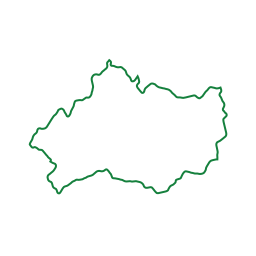 Bonao, Monseñor Nouel, Dominican Republic, rotated 257°
{"feature_id": "3306468B55753848240652", "entity_name": "Bonao", "entity_type": "district", "adm_level": 2, "iso_a3": "DOM", "parent_name": "Dominican Republic", "parent_adm1": "Monseñor Nouel", "projection": "orthographic", "projection_center": [-70.443, 18.942], "detail": "fine", "context": "isolated", "style": "outline", "palette": "green", "viewbox_px": 256, "rotation_deg": 257, "n_neighbors": 0, "source": "geoboundaries", "source_scale": "gbopen_adm2", "svg_char_len": 5793}
<svg xmlns="http://www.w3.org/2000/svg" viewBox="0 0 256 256"><g transform="rotate(257 128 128)"><path d="M89.1,76.1L89.5,77.0L89.7,77.7L89.8,78.9L89.9,81.3L90.1,82.5L90.3,83.2L92.5,87.4L92.8,88.4L92.8,89.5L92.7,90.2L92.5,90.8L91.8,92.3L91.6,93.4L91.6,94.1L91.7,94.8L92.5,96.8L92.6,97.4L92.4,97.9L92.0,98.4L90.1,99.5L88.5,100.1L87.0,100.9L86.0,101.1L83.6,101.4L83.0,101.6L82.5,102.1L82.3,102.6L81.8,104.2L81.0,106.0L80.3,107.6L79.4,109.1L78.7,110.7L77.0,112.7L76.5,113.7L76.2,114.7L75.8,117.6L75.6,118.3L74.9,119.8L74.8,120.5L74.4,123.8L74.1,124.4L72.6,127.5L71.7,128.7L70.5,129.6L69.5,130.1L67.4,130.5L66.8,130.8L66.3,131.2L65.7,132.0L65.5,132.8L65.4,133.5L65.3,136.2L65.2,136.9L64.9,137.5L64.5,138.0L62.8,138.9L60.6,139.9L59.0,140.8L58.2,141.4L57.9,142.0L57.7,143.1L57.7,144.3L57.7,150.4L57.8,151.5L58.1,152.5L58.5,153.1L59.5,153.8L60.3,154.5L61.1,155.3L61.6,155.9L62.1,156.8L62.6,159.0L62.8,159.6L64.1,161.8L64.6,162.2L66.1,162.8L66.6,163.3L66.8,164.3L67.0,167.2L67.2,167.9L67.4,168.2L67.9,168.6L69.6,169.9L71.1,171.2L72.1,172.4L72.7,173.4L72.8,174.1L72.8,174.4L72.6,175.1L71.3,177.8L70.2,179.5L69.7,180.8L68.9,182.3L68.6,182.9L68.0,185.4L67.2,187.2L67.0,187.9L66.9,188.6L66.8,189.7L66.9,190.4L67.0,191.2L67.3,191.9L67.8,192.5L68.3,193.1L69.1,193.8L69.7,194.3L71.7,195.2L72.9,196.2L76.0,199.2L76.7,200.0L77.1,200.7L77.5,201.7L77.6,203.2L77.6,205.9L77.5,207.0L77.3,208.0L78.8,208.4L81.7,208.9L83.8,209.8L84.6,210.0L86.2,210.1L91.2,210.2L92.3,210.4L93.0,210.7L93.8,211.4L94.1,211.9L94.3,212.6L94.7,214.3L94.9,215.0L95.6,216.5L96.2,217.8L97.7,220.8L98.1,221.4L98.6,221.8L99.2,222.2L100.3,222.5L101.5,222.6L112.5,222.5L113.7,222.6L114.4,222.7L115.1,222.9L115.6,223.4L117.5,226.5L118.0,226.9L118.6,227.1L119.2,227.1L119.8,227.0L120.3,226.7L121.1,226.0L122.7,225.4L123.5,224.8L124.0,224.6L124.6,224.6L125.3,224.8L125.8,225.2L127.2,226.3L127.8,226.7L128.5,227.0L129.6,227.2L130.7,227.1L131.3,226.9L133.2,226.1L136.3,225.6L137.1,225.4L138.5,224.8L139.5,224.6L140.2,224.8L140.7,225.1L141.4,225.7L142.1,226.6L142.3,226.8L142.8,227.1L143.5,227.3L144.5,227.4L146.6,227.2L146.4,225.1L146.5,224.0L146.6,223.3L146.9,222.6L147.7,221.2L148.3,219.9L149.0,218.5L149.2,217.8L149.2,217.5L149.1,216.8L148.6,215.8L147.0,213.8L146.1,212.2L145.7,211.6L144.9,210.7L143.0,208.6L142.2,207.7L141.9,207.0L141.1,205.3L140.9,204.7L140.9,204.4L141.1,203.8L141.5,203.2L142.5,202.2L144.1,201.1L144.5,200.6L144.8,200.0L144.9,199.3L144.9,198.1L144.8,191.2L144.9,188.8L145.2,187.7L146.0,185.9L146.5,183.8L146.9,182.8L147.3,182.3L147.8,181.9L149.6,180.9L152.3,178.9L154.2,178.0L155.1,177.3L156.0,176.5L156.8,175.3L157.4,174.0L158.4,172.2L158.9,170.9L159.7,169.4L160.6,167.5L161.3,166.6L162.1,165.8L163.0,165.1L164.3,164.3L164.7,163.8L165.6,162.4L165.9,161.6L166.0,160.9L166.0,160.5L165.8,159.8L165.1,158.4L164.5,157.1L163.7,155.6L162.9,154.1L162.5,153.6L161.7,152.9L160.3,152.2L159.5,151.6L159.1,151.1L158.9,150.5L159.0,149.9L159.1,149.6L159.5,149.2L161.7,148.0L163.0,147.4L164.8,146.5L165.8,146.2L166.7,146.1L167.3,146.2L168.1,146.7L168.7,147.4L169.3,148.4L169.7,148.9L170.0,149.0L170.6,149.3L171.6,149.4L173.1,149.4L174.6,149.3L176.2,149.0L173.2,145.7L172.6,144.7L172.4,144.1L172.4,143.4L172.5,142.7L172.8,142.2L173.1,142.0L173.7,141.8L175.7,141.6L176.8,141.3L177.7,140.8L179.5,139.5L180.5,139.0L181.2,138.8L183.4,138.6L184.1,138.5L184.8,138.2L185.4,137.8L188.5,135.5L188.8,135.0L189.1,134.4L189.3,132.3L189.6,131.3L190.1,130.3L191.6,128.2L191.9,127.5L192.3,126.1L192.7,125.6L193.2,125.4L193.8,125.4L195.4,126.1L196.3,126.2L197.3,125.8L198.3,125.0L197.5,124.0L196.8,122.9L196.4,122.5L196.1,122.3L195.5,122.1L193.4,121.9L192.4,121.6L191.6,121.0L190.9,120.2L190.2,118.7L189.4,117.2L188.8,115.9L188.4,115.3L187.0,113.6L186.5,112.6L186.4,112.3L186.4,111.6L186.6,110.9L187.2,109.8L187.4,109.2L187.6,108.1L187.5,107.4L187.4,106.7L187.0,106.0L186.6,105.4L185.7,104.6L185.1,104.1L184.5,103.8L183.3,103.5L182.2,103.4L177.4,103.4L176.3,103.3L175.5,103.1L173.7,102.2L172.4,101.7L171.0,100.8L169.0,99.9L167.9,99.0L166.9,97.8L166.6,97.1L166.5,96.5L166.6,95.8L167.0,94.5L167.0,93.9L165.5,90.2L165.4,89.6L165.5,89.0L166.0,87.6L166.2,86.1L166.3,83.9L166.2,83.2L166.0,82.6L165.8,82.3L165.3,81.9L163.4,80.8L161.8,80.1L161.2,79.7L157.5,76.5L156.9,76.1L155.6,75.5L154.7,74.9L153.8,74.1L153.3,73.6L152.9,73.0L152.7,72.4L152.8,71.8L153.0,71.5L153.5,71.1L155.4,70.7L157.5,69.9L159.6,69.5L160.3,69.2L161.1,68.6L161.7,67.9L161.9,67.3L161.9,67.0L161.6,65.4L161.2,64.2L159.6,62.9L158.4,61.7L157.5,60.6L156.6,58.7L155.7,57.6L153.9,55.7L148.2,50.0L147.4,49.2L146.8,48.3L146.4,47.3L146.3,46.6L146.3,45.6L146.4,44.6L146.6,43.9L146.8,43.3L147.5,42.2L147.6,41.6L147.6,40.8L147.4,40.2L147.2,40.0L146.5,39.3L145.0,38.6L144.2,38.0L143.6,37.2L143.0,35.9L142.7,35.3L142.0,34.5L141.3,33.8L140.4,33.2L138.9,32.4L138.3,32.0L137.5,31.3L135.5,29.4L134.6,28.8L134.1,28.6L133.4,28.8L131.2,29.8L130.5,30.4L130.3,30.9L130.2,31.2L130.4,32.6L130.1,33.4L129.7,33.9L129.0,34.7L127.0,36.2L126.7,36.9L126.2,38.6L125.9,39.2L125.1,39.8L121.8,41.5L120.5,42.1L118.8,43.1L117.5,43.6L116.9,44.0L115.4,45.2L114.9,45.5L114.3,45.7L114.0,45.6L113.5,45.4L112.8,44.8L110.9,46.8L110.3,47.7L109.6,48.7L109.4,48.9L108.8,49.2L108.1,49.4L107.4,49.3L106.7,49.1L106.1,48.8L105.3,48.1L103.9,46.7L103.0,45.6L102.4,44.6L101.8,43.3L101.0,41.8L100.2,40.0L99.7,39.4L99.2,39.0L98.6,38.7L97.9,38.5L96.7,38.5L96.0,38.5L95.3,38.6L94.6,38.9L94.3,39.0L93.6,39.7L92.7,40.9L92.2,41.2L91.3,41.5L88.4,41.6L87.3,41.8L86.7,42.1L86.2,42.5L85.8,42.9L85.0,43.9L84.6,44.2L83.6,44.5L81.3,44.7L80.7,44.9L80.2,45.3L79.9,45.9L79.8,46.2L79.9,46.5L80.1,47.1L80.8,47.9L83.6,50.6L84.4,51.5L85.0,52.4L85.2,53.1L85.4,55.7L85.7,56.7L86.5,58.5L87.1,59.9L87.9,61.3L88.2,62.0L88.6,64.1L89.1,65.5L89.2,66.1L89.1,66.7L88.6,68.1L88.5,68.8L88.4,69.9L88.3,72.2L88.8,73.8L89.1,76.1Z" fill="none" stroke="#15803d" stroke-width="2"/></g></svg>